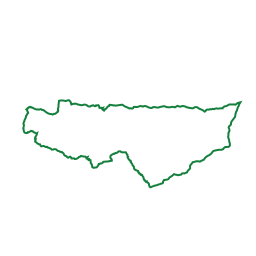 Costesti, Vâlcea, Romania (Mercator projection), rotated 104°
{"feature_id": "2599482B34648499423542", "entity_name": "Costesti", "entity_type": "district", "adm_level": 2, "iso_a3": "ROU", "parent_name": "Romania", "parent_adm1": "Vâlcea", "projection": "mercator", "projection_center": [24.049, 45.22], "detail": "fine", "context": "isolated", "style": "outline", "palette": "green", "viewbox_px": 256, "rotation_deg": 104, "n_neighbors": 0, "source": "geoboundaries", "source_scale": "gbopen_adm2", "svg_char_len": 5927}
<svg xmlns="http://www.w3.org/2000/svg" viewBox="0 0 256 256"><g transform="rotate(104 128 128)"><path d="M154.0,229.4L154.2,229.1L154.5,229.1L156.7,228.0L157.4,227.2L157.6,226.5L157.5,225.3L157.1,224.5L156.3,224.2L156.3,223.4L155.1,222.3L154.5,221.1L154.2,221.1L154.2,219.6L154.7,219.0L155.0,218.4L154.9,217.9L155.3,216.3L155.3,215.7L155.7,215.2L155.4,215.0L156.9,215.0L159.5,215.8L160.4,215.7L160.2,215.4L160.4,215.0L160.9,214.8L161.8,215.0L162.3,214.8L162.5,215.0L163.7,214.8L164.0,213.6L165.0,212.1L165.0,211.2L165.3,210.6L165.2,209.3L166.3,208.6L166.8,207.8L165.8,205.4L166.3,203.5L166.3,202.8L165.8,202.1L166.1,201.3L166.4,201.1L166.4,199.8L166.7,197.9L167.4,196.9L167.4,196.5L167.0,195.4L166.5,194.8L166.1,193.0L166.4,192.0L166.9,191.3L167.2,190.5L167.1,189.2L167.6,188.0L167.4,187.5L167.5,186.7L167.3,186.4L167.7,186.0L167.8,185.2L168.4,184.2L169.5,183.5L170.0,182.8L170.3,180.8L170.9,180.1L171.3,178.9L170.0,177.5L169.8,177.1L170.6,175.8L171.2,175.5L171.1,174.8L170.5,173.1L171.0,172.1L170.8,171.5L170.2,170.3L168.6,168.8L167.9,168.5L167.7,167.8L166.6,167.1L166.5,166.3L166.6,165.5L166.4,165.1L166.4,163.7L166.1,162.5L166.9,161.4L166.6,161.0L167.0,160.9L166.3,160.2L167.3,160.3L167.4,160.5L167.9,159.8L167.6,158.4L168.6,158.5L168.7,158.2L168.1,157.6L168.3,157.3L168.3,156.6L171.3,155.5L171.7,154.8L172.0,154.4L173.9,153.4L174.4,153.4L175.0,151.9L174.6,151.2L174.2,149.8L174.0,149.3L173.0,148.4L171.4,147.9L170.1,147.7L170.0,146.9L169.4,146.7L169.1,146.3L168.8,145.1L167.9,144.2L166.8,143.8L165.5,140.1L165.2,138.8L164.6,138.1L164.5,137.6L163.7,135.9L162.7,136.4L162.6,136.2L162.2,136.5L161.9,137.2L161.0,137.9L160.2,138.2L159.4,138.2L158.3,137.7L156.9,136.2L156.4,135.7L156.3,134.8L155.4,134.3L155.2,133.6L154.6,132.6L154.1,132.1L153.3,131.8L152.8,131.1L152.8,130.8L152.5,129.9L152.6,129.4L152.9,129.1L153.0,127.7L152.1,124.2L153.7,122.8L154.1,122.1L154.5,122.1L155.2,121.7L156.1,121.4L156.1,121.1L156.5,121.2L157.1,120.9L157.3,120.3L158.0,119.9L158.9,118.7L159.0,117.7L159.2,117.4L159.8,117.1L160.2,117.3L162.1,115.0L163.0,114.6L163.5,114.0L163.7,113.3L164.5,112.8L165.8,112.3L166.3,111.9L166.8,111.2L166.7,110.4L167.1,109.9L167.2,107.8L167.6,107.5L168.3,107.4L168.5,106.9L168.8,106.8L168.8,106.4L169.6,105.9L169.5,105.6L169.7,105.0L170.0,104.7L169.7,104.5L170.4,103.8L170.2,102.9L171.4,102.0L171.9,101.2L172.4,101.0L173.4,100.4L174.0,100.2L174.3,99.6L174.8,99.3L174.7,99.0L174.9,98.6L175.3,98.3L175.3,97.9L175.8,97.6L175.5,96.9L175.8,96.9L175.8,96.4L176.1,96.1L176.0,95.9L176.3,95.5L176.4,95.0L177.3,94.1L178.9,93.5L179.2,93.1L179.7,92.8L180.1,92.0L179.9,91.4L179.3,90.8L177.4,88.1L176.5,86.1L175.8,85.3L174.6,83.2L174.1,82.7L173.5,81.3L172.7,80.8L171.7,81.0L169.9,80.6L169.6,80.3L169.5,79.6L169.2,79.1L168.6,77.6L168.2,76.9L167.8,76.5L166.1,75.8L163.2,73.2L161.7,72.3L161.6,71.8L161.8,70.9L161.6,69.3L161.8,68.7L161.6,67.8L160.3,65.1L159.6,64.9L158.9,64.3L158.6,63.6L158.5,62.3L157.7,61.4L156.7,59.9L155.4,59.8L153.7,58.9L153.2,58.4L152.1,58.0L149.8,58.6L148.9,58.5L148.4,58.1L145.5,56.9L145.2,56.0L144.5,55.0L143.7,53.4L143.3,51.9L143.2,50.9L143.3,50.3L143.1,49.9L142.0,48.9L140.5,46.8L138.5,46.0L136.9,45.0L135.8,44.0L134.6,42.5L132.8,41.1L129.9,39.8L129.1,38.7L127.1,34.5L126.7,32.6L126.1,31.3L125.5,30.6L124.7,30.4L122.9,29.0L122.1,26.1L121.5,25.4L120.3,24.9L119.9,25.0L118.0,25.6L117.3,26.2L115.6,26.8L112.6,28.6L110.1,28.9L108.6,29.4L106.8,28.9L105.7,29.0L104.5,29.5L103.3,30.4L102.7,30.5L101.7,30.2L100.6,29.3L99.5,29.0L98.0,29.3L96.4,29.0L91.2,26.8L88.4,27.1L86.1,27.0L84.9,26.6L81.2,26.4L80.2,26.0L77.9,25.8L75.9,25.2L77.2,27.6L79.4,29.3L79.4,30.5L80.7,35.5L82.9,37.8L83.7,39.6L85.9,41.3L86.1,41.2L86.5,42.9L87.5,45.4L87.5,46.8L87.9,47.5L88.1,48.2L88.9,49.0L89.0,50.6L89.8,51.7L89.8,52.8L90.6,53.8L90.8,55.2L91.5,56.4L93.1,57.0L93.6,57.7L92.8,59.3L92.5,60.2L92.1,63.2L91.2,65.7L91.2,66.6L91.5,67.9L91.8,68.4L92.9,69.3L93.3,70.2L93.6,72.9L93.7,74.0L93.5,74.8L93.7,75.2L93.7,76.0L93.7,76.4L93.3,77.1L93.3,79.5L93.4,80.1L94.0,81.4L94.7,82.4L94.7,84.6L94.5,85.0L94.6,85.4L95.5,86.4L96.6,87.5L96.6,89.6L97.0,90.8L97.8,92.3L98.4,95.7L98.1,97.5L98.1,98.3L99.7,101.7L101.0,103.9L101.2,105.6L101.2,107.2L101.5,107.9L101.6,108.6L102.7,109.6L102.9,110.1L103.1,111.9L103.1,112.9L102.7,114.3L102.5,116.4L102.9,117.8L103.6,118.6L103.6,121.2L105.3,123.9L105.7,125.2L105.8,126.3L106.2,127.5L107.6,127.9L108.2,128.8L108.2,130.2L108.6,130.9L108.7,131.6L108.3,132.5L108.4,133.3L108.0,134.5L107.8,136.5L107.0,138.4L106.8,139.3L109.4,145.7L109.3,146.6L109.4,147.2L109.7,147.7L109.6,148.5L109.7,149.0L109.8,151.0L110.0,151.4L110.3,151.7L111.1,151.6L111.5,152.3L112.4,153.0L114.5,153.9L115.5,155.2L116.4,155.5L116.7,155.2L116.9,155.3L116.9,155.7L116.3,156.4L116.4,156.9L115.8,157.7L115.4,157.9L115.2,157.4L114.7,157.3L115.1,157.8L114.8,158.4L115.0,158.7L115.0,159.2L115.4,160.5L113.6,161.5L113.0,162.4L113.6,163.4L113.7,164.4L114.4,164.5L114.8,165.2L114.8,165.7L114.4,167.0L114.4,167.5L115.0,168.1L115.3,169.1L116.2,169.8L116.4,170.1L116.6,171.9L115.9,173.4L115.7,175.4L115.9,176.2L116.6,177.3L117.2,178.7L117.3,182.7L117.0,184.0L117.2,185.3L117.6,186.0L117.6,186.7L118.9,188.6L118.0,189.3L117.4,189.4L116.9,189.8L115.6,191.3L115.3,192.1L116.1,193.7L116.9,194.8L117.0,197.5L117.4,199.5L118.3,201.5L122.4,201.0L124.6,200.5L126.2,200.6L126.8,200.3L127.2,200.4L128.0,199.9L128.9,200.3L129.2,200.0L131.6,201.9L132.0,202.3L132.1,203.2L133.2,204.3L133.0,205.8L133.3,207.0L133.1,209.1L132.5,211.3L132.0,212.0L131.7,213.1L131.2,213.9L131.1,214.5L131.2,215.2L131.0,215.8L131.2,216.2L130.8,217.3L131.8,219.0L131.8,220.3L132.1,220.8L132.2,221.7L132.1,222.6L131.9,223.1L131.8,224.1L131.5,225.1L131.4,227.2L131.2,227.1L131.1,227.9L131.3,228.4L131.7,228.4L132.0,229.4L132.5,229.7L133.0,229.8L133.2,230.3L134.0,230.6L134.6,231.1L135.2,230.0L136.3,229.6L137.0,228.8L137.6,228.5L138.5,229.1L140.4,229.5L140.8,229.8L142.9,229.7L144.9,230.2L148.6,230.5L149.2,230.5L150.2,229.7L154.0,229.4Z" fill="none" stroke="#15803d" stroke-width="2"/></g></svg>